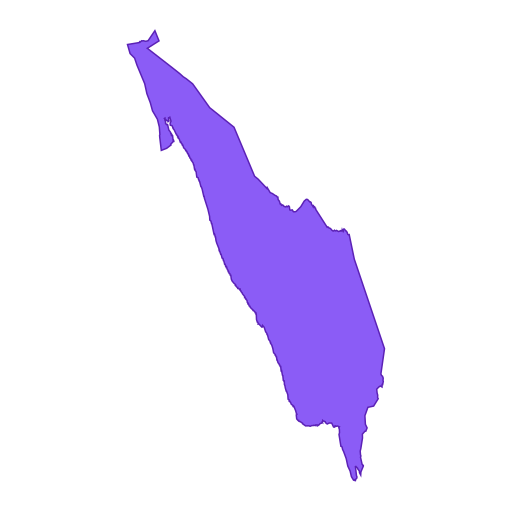 outline of Verran nor, Nord-Trøndelag, Norway, rotated 90°
{"feature_id": "86288312B18564926842494", "entity_name": "Verran nor", "entity_type": "district", "adm_level": 2, "iso_a3": "NOR", "parent_name": "Norway", "parent_adm1": "Nord-Trøndelag", "projection": "natural_earth1", "projection_center": [10.876, 63.943], "detail": "fine", "context": "isolated", "style": "filled", "palette": "violet", "viewbox_px": 512, "rotation_deg": 90, "n_neighbors": 0, "source": "geoboundaries", "source_scale": "gbopen_adm2", "svg_char_len": 6136}
<svg xmlns="http://www.w3.org/2000/svg" viewBox="0 0 512 512"><g transform="rotate(90 256 256)"><path d="M141.3,338.2L140.7,338.3L140.7,338.6L139.8,338.6L139.5,339.0L135.8,339.4L135.8,339.9L135.2,339.9L135.2,340.3L134.6,340.3L134.7,340.7L133.5,340.8L133.4,341.3L132.4,341.4L129.9,343.2L124.6,344.4L124.3,345.0L124.6,345.5L123.2,346.5L121.8,346.4L119.8,347.2L119.0,347.1L118.4,347.6L118.1,347.1L118.7,347.1L120.3,345.6L120.8,344.2L121.7,344.0L121.3,343.2L120.8,343.1L120.8,343.4L117.8,343.4L117.9,343.0L117.2,342.2L121.2,341.0L123.2,341.9L125.2,341.7L125.7,340.0L126.3,339.6L128.1,339.1L128.2,338.7L129.0,338.6L129.7,337.9L134.0,335.9L134.3,335.4L134.8,335.5L136.0,334.3L136.6,334.4L136.6,334.0L137.5,334.0L137.5,333.6L138.3,333.6L138.9,332.8L142.1,331.7L141.9,331.2L143.3,330.7L143.5,330.3L143.9,330.2L144.2,329.8L144.8,329.8L144.8,329.4L145.6,329.3L146.0,328.8L147.7,328.4L149.5,326.6L150.3,326.4L150.4,326.0L150.9,326.0L151.0,325.5L151.8,325.3L151.9,324.9L153.3,324.5L153.4,324.1L154.2,323.9L154.2,323.6L155.3,323.4L155.3,323.1L156.2,323.0L156.2,322.6L157.9,322.2L158.5,321.4L160.3,320.8L160.3,320.3L160.9,320.3L162.9,318.9L164.9,318.4L165.0,318.1L169.0,317.5L169.0,317.2L169.8,317.2L169.9,316.8L170.7,316.7L171.7,315.9L177.1,315.2L177.7,313.9L180.0,313.3L180.3,312.8L181.2,312.8L181.5,312.4L186.6,311.1L186.8,310.7L189.0,309.9L196.5,308.2L196.5,307.8L198.2,307.6L209.2,304.1L216.4,302.4L220.1,302.2L221.0,301.1L223.6,300.5L223.6,300.2L232.3,298.4L233.7,298.1L233.7,297.7L234.6,297.8L234.6,297.3L236.9,296.8L236.9,296.5L240.7,296.0L243.3,295.2L248.8,293.0L249.9,293.0L249.9,292.7L251.4,292.5L251.4,292.2L254.3,291.3L254.3,290.9L257.8,290.0L258.5,289.6L258.4,289.1L259.0,288.8L260.7,288.6L261.0,288.1L264.2,287.4L264.2,286.9L266.2,286.4L266.2,286.0L266.8,286.0L266.8,285.5L267.7,285.5L267.7,285.2L269.7,284.6L270.0,284.1L271.2,283.9L271.2,283.6L271.8,283.6L271.8,283.3L273.5,282.8L273.6,282.2L275.3,281.7L275.3,281.2L279.1,280.7L281.0,279.9L283.3,278.0L284.4,276.7L285.3,276.7L285.3,276.2L285.9,276.2L287.8,274.5L287.7,274.2L288.5,274.2L289.0,272.7L288.9,272.2L289.5,272.2L289.5,271.8L290.4,271.8L291.0,271.0L291.6,271.0L293.0,269.7L293.6,269.7L296.6,267.3L297.5,267.4L297.5,266.9L298.9,266.4L299.0,265.9L299.5,265.9L300.4,265.0L302.4,264.7L302.8,264.1L303.3,264.2L303.6,263.7L304.2,263.8L304.2,263.4L306.0,262.8L306.3,262.0L306.9,262.0L308.5,260.7L309.9,259.0L310.5,259.0L310.9,258.0L312.1,257.1L312.3,256.6L312.9,256.6L312.9,256.1L314.3,256.0L314.3,255.7L319.5,255.5L322.1,254.7L322.1,254.3L323.3,253.8L324.1,253.9L324.0,253.1L327.1,250.2L327.0,249.6L325.5,249.4L327.3,247.8L331.7,246.4L333.5,245.1L334.6,245.0L334.9,244.5L339.6,243.3L340.8,242.2L342.5,241.7L342.5,241.4L343.4,241.4L344.9,240.3L348.4,239.2L352.7,238.4L354.5,236.8L355.1,236.8L355.1,236.5L356.8,235.9L356.9,235.5L360.0,235.1L360.0,234.8L362.7,234.0L364.2,232.7L364.7,232.8L365.0,232.3L366.5,231.8L366.5,231.3L370.8,230.9L370.6,230.4L375.2,229.6L375.5,229.2L380.4,228.7L380.7,228.0L381.3,228.0L381.3,227.7L384.5,227.6L385.6,227.1L387.9,226.7L391.1,225.8L391.1,225.5L394.7,224.2L399.2,223.9L399.6,223.0L401.0,222.9L401.0,222.4L401.6,222.4L402.2,221.5L404.3,220.7L405.5,219.0L406.1,219.0L406.1,218.5L406.7,218.5L406.7,218.0L407.6,217.6L410.6,216.4L413.7,215.5L414.1,215.1L414.3,215.1L414.3,215.6L415.4,215.7L418.9,215.3L420.3,214.1L420.4,213.4L421.0,213.4L421.5,212.6L421.5,212.0L422.8,210.1L423.3,209.4L423.8,209.4L425.9,206.4L425.8,203.0L426.1,202.5L426.2,201.4L425.6,200.4L425.5,198.4L425.2,198.1L425.6,196.8L425.3,196.5L425.5,196.0L424.9,196.0L425.0,194.1L425.6,194.1L424.7,192.8L423.6,191.9L423.0,190.1L422.1,190.0L421.9,189.8L422.1,189.6L421.6,189.7L421.3,189.3L420.4,189.3L421.2,188.2L421.3,187.5L421.7,186.7L422.6,186.6L424.0,184.8L423.0,182.7L423.1,180.3L426.9,178.5L427.2,177.9L427.0,177.4L426.0,177.2L425.9,176.4L426.4,176.2L426.0,174.5L426.8,172.6L427.6,173.2L429.5,172.6L432.7,172.5L434.5,173.0L446.3,171.1L446.5,170.4L447.2,169.9L449.5,169.4L451.5,168.4L458.6,165.8L466.1,164.2L471.0,161.9L476.6,160.6L480.1,158.5L479.8,157.9L480.2,157.6L480.6,156.8L481.3,156.7L479.4,156.4L478.3,155.3L477.0,155.0L475.7,155.5L466.6,156.6L466.4,156.1L468.2,154.4L469.0,154.2L470.9,152.7L472.8,152.5L475.0,151.3L471.9,151.1L466.2,148.7L465.6,148.7L465.6,149.1L464.8,149.3L464.3,149.9L457.2,151.5L456.0,151.1L454.7,151.5L451.1,151.8L448.7,151.2L438.0,149.5L434.1,149.6L431.2,147.0L431.2,146.2L427.9,144.9L424.3,146.6L415.7,147.1L407.3,144.1L406.1,138.4L398.7,133.8L397.5,134.4L395.1,134.3L393.0,134.9L389.2,135.3L387.1,133.3L386.0,131.7L387.0,130.0L384.6,129.9L384.2,129.7L384.4,129.3L381.3,128.7L380.5,129.0L378.1,128.8L376.2,129.5L375.4,130.5L373.9,131.1L348.7,127.5L259.2,157.7L234.6,162.8L234.8,163.4L234.4,164.2L232.5,164.8L231.1,165.6L230.6,166.7L229.6,167.1L228.9,168.0L229.8,168.8L230.7,168.8L230.1,169.2L230.6,169.7L230.0,169.9L231.0,170.1L230.6,170.5L231.0,171.3L230.7,171.6L231.3,172.4L231.2,172.8L231.5,173.6L230.4,175.4L230.9,176.2L230.8,176.9L230.2,177.5L231.0,178.5L230.9,179.2L230.1,180.2L228.5,181.5L227.9,183.1L227.2,183.5L226.9,184.2L227.3,184.8L209.5,196.2L208.1,196.5L207.7,197.3L206.8,197.4L206.6,198.1L206.8,198.2L205.9,198.5L206.5,199.0L205.3,199.6L204.6,200.4L202.5,200.9L201.9,201.5L202.1,201.9L201.8,202.3L199.5,204.4L199.3,205.7L201.1,207.8L206.7,211.2L211.4,215.8L211.8,217.0L211.7,218.6L209.9,219.7L210.2,221.5L209.9,222.2L206.8,222.6L205.9,223.3L206.7,224.5L206.3,224.9L206.2,225.5L206.8,225.9L206.9,226.7L206.5,227.3L206.5,227.9L205.2,229.0L205.3,229.3L204.9,229.7L205.3,230.5L203.8,231.2L203.9,231.8L201.2,232.6L199.5,233.9L197.1,234.1L196.9,234.9L196.0,235.5L195.3,237.1L193.6,239.5L192.6,241.8L187.6,244.8L188.5,245.1L179.1,253.9L176.3,257.4L127.2,278.0L107.7,302.3L83.9,319.3L78.7,325.8L76.7,328.9L74.1,331.7L67.9,339.5L48.3,364.7L40.9,353.0L30.7,357.1L40.7,363.9L41.3,366.2L40.7,368.8L41.0,370.1L40.8,370.4L42.2,372.0L41.8,372.3L42.6,372.9L44.5,384.5L53.6,381.9L58.1,377.4L65.2,375.0L83.7,367.3L93.7,365.1L102.7,361.7L110.8,359.5L119.2,354.6L126.9,352.7L134.6,352.1L135.2,352.4L136.9,352.3L150.4,350.7L148.3,345.3L145.0,341.0L144.2,341.3L141.8,338.9L141.2,338.9L141.3,338.2Z" fill="#8b5cf6" stroke="#5b21b6" stroke-width="1.5"/></g></svg>